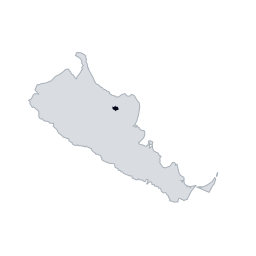 location of Bragado, Buenos Aires, Argentina, rotated 295°
{"feature_id": "61730980B17981427769766", "entity_name": "Bragado", "entity_type": "district", "adm_level": 2, "iso_a3": "ARG", "parent_name": "Argentina", "parent_adm1": "Buenos Aires", "projection": "natural_earth1", "projection_center": [-60.56, -35.028], "detail": "fine", "context": "in_parent", "style": "filled", "palette": "ink", "viewbox_px": 256, "rotation_deg": 295, "n_neighbors": 0, "source": "geoboundaries", "source_scale": "gbopen_adm2", "svg_char_len": 4216}
<svg xmlns="http://www.w3.org/2000/svg" viewBox="0 0 256 256"><g transform="rotate(295 128 128)"><path d="M155.8,78.4L154.4,80.9L154.7,82.5L153.5,86.5L153.8,87.3L152.8,89.2L153.1,91.2L152.6,93.1L152.8,95.6L152.4,96.3L151.5,96.5L150.9,100.0L151.6,103.3L151.0,103.9L152.2,106.3L155.9,108.4L157.7,110.5L157.8,111.4L156.8,112.7L156.7,113.9L157.2,115.4L158.1,116.3L159.9,116.9L160.1,119.0L159.8,120.4L156.4,125.3L155.7,127.4L152.5,129.6L144.3,132.0L138.0,133.0L134.4,132.8L131.9,131.8L132.1,134.5L133.3,135.4L132.7,135.4L133.2,135.9L133.0,138.1L132.2,138.6L131.7,140.4L131.7,142.0L132.4,143.4L131.7,144.7L129.0,146.1L125.7,146.4L119.7,144.2L119.9,143.9L119.6,143.8L118.6,144.2L118.2,146.0L118.9,148.9L118.8,151.3L119.1,152.2L121.3,153.1L121.2,154.1L121.9,154.2L123.5,154.0L123.7,153.2L122.8,152.9L124.9,152.2L125.8,153.3L125.9,155.8L125.5,156.5L123.8,156.9L123.4,156.8L122.4,155.0L121.6,154.7L119.3,155.6L119.0,156.2L122.5,157.5L120.0,158.8L118.0,161.2L118.0,165.5L117.6,166.7L116.2,167.8L116.0,168.6L116.5,169.1L116.3,169.9L113.6,169.7L111.8,171.0L110.1,171.4L107.1,176.3L107.6,178.6L111.1,182.1L115.6,183.0L116.1,184.1L116.0,185.5L115.5,186.3L113.9,187.0L115.3,187.0L115.9,187.7L108.2,193.8L107.3,195.6L106.9,199.2L106.3,200.0L104.7,200.7L103.6,199.9L102.7,198.6L102.8,199.7L101.3,200.1L103.1,200.1L104.0,201.0L101.6,202.4L101.0,203.5L100.7,205.2L99.8,206.2L100.6,206.0L101.3,209.3L99.5,209.5L101.8,210.1L104.6,213.8L104.4,214.1L104.3,213.7L97.3,212.0L88.0,211.8L88.0,211.3L85.8,209.2L86.2,207.8L85.8,206.6L86.2,205.5L85.9,204.1L85.0,203.7L82.1,204.5L80.2,200.8L80.3,198.8L79.7,197.6L80.1,196.0L81.7,195.9L82.0,194.2L83.9,192.8L83.9,191.2L85.0,190.3L85.3,189.4L84.1,187.3L84.8,185.0L86.8,183.2L86.5,181.0L87.6,179.9L86.6,176.9L87.8,175.7L87.2,175.0L87.1,173.4L88.2,173.0L88.9,171.3L87.7,169.8L85.5,169.3L85.3,168.5L89.2,168.4L89.6,167.2L89.4,166.5L86.4,166.1L86.4,164.4L87.0,163.3L86.4,162.3L86.5,161.3L85.7,159.8L86.4,159.1L84.5,157.6L84.4,155.1L84.8,154.4L84.4,153.1L86.1,151.8L85.2,149.4L85.2,144.7L84.9,143.5L85.9,141.6L85.3,140.3L86.1,139.3L85.7,137.0L86.6,136.8L87.1,132.6L89.3,131.4L89.7,130.6L88.0,125.4L88.1,123.4L87.7,122.5L88.1,121.4L87.7,119.7L88.3,117.7L89.8,116.9L89.9,116.2L91.5,114.9L91.3,111.5L90.6,109.8L91.3,109.2L91.8,106.6L92.9,103.9L93.9,103.5L93.6,100.4L93.9,97.6L92.6,97.1L92.8,95.1L92.3,94.7L92.0,92.6L91.1,90.7L91.0,89.9L91.5,89.4L90.5,88.6L89.8,87.0L89.9,85.4L90.0,84.3L91.1,83.6L90.9,82.8L91.7,79.6L92.8,79.4L93.3,78.3L92.7,77.7L92.8,75.8L92.3,73.0L93.2,71.6L94.0,67.3L96.4,64.3L98.0,59.5L99.3,59.4L100.7,58.4L99.3,55.2L100.2,53.3L99.1,49.1L99.4,47.6L100.2,46.7L99.3,45.1L99.5,43.8L100.8,42.3L105.4,40.1L107.2,33.7L106.2,32.6L108.6,28.8L110.4,28.2L111.2,26.2L113.5,28.1L117.6,28.1L119.6,28.9L121.1,32.6L123.2,27.6L128.8,27.4L129.9,29.3L132.1,31.3L133.6,34.0L138.3,38.4L144.2,40.5L147.8,43.4L152.1,45.8L154.2,46.4L155.8,48.1L156.2,49.4L155.2,50.4L154.5,52.4L153.4,53.4L152.9,54.7L152.9,56.2L150.7,59.4L150.8,60.5L153.0,60.2L158.5,61.5L161.1,61.4L161.9,62.0L163.4,60.5L165.7,61.1L167.2,58.6L168.7,58.1L170.3,56.4L171.1,54.2L171.5,49.7L172.4,50.0L173.9,49.4L175.2,50.3L176.3,54.1L176.0,57.8L175.3,59.3L173.7,60.1L172.8,61.2L170.2,62.0L168.8,63.9L165.6,66.0L165.7,67.1L164.7,67.1L159.2,74.7L155.8,78.4ZM104.0,228.7L103.6,215.8L105.5,218.3L104.6,218.2L104.4,219.4L105.9,219.7L106.7,221.2L110.0,224.0L114.9,226.9L119.7,227.7L118.5,229.1L113.8,229.8L110.9,229.0L104.0,228.7ZM121.7,228.6L123.1,228.1L125.9,228.0L122.2,229.0L121.7,228.6ZM134.1,133.9L134.0,134.4L133.1,133.6L134.1,133.9Z" fill="#d9dde1" stroke="#a8b0b8" stroke-width="1"/><path d="M140.9,110.8L141.0,110.7L141.3,110.3L141.7,109.9L141.9,109.7L141.8,109.4L141.7,109.3L141.9,109.1L141.7,108.9L141.5,108.7L141.4,108.5L141.3,108.4L141.2,108.3L141.1,108.2L141.2,107.9L141.3,107.8L141.2,107.8L141.3,107.8L141.3,107.7L141.2,107.5L141.3,107.5L141.3,107.4L141.2,107.4L140.9,107.3L140.9,107.2L140.7,107.2L140.5,106.9L140.4,106.8L140.4,106.7L140.2,106.5L140.2,106.4L140.1,106.5L140.1,106.4L140.1,106.2L139.9,106.1L139.8,106.3L139.5,106.5L139.6,106.8L139.4,107.0L139.7,107.2L139.9,107.4L139.3,108.1L139.5,108.3L139.7,108.5L139.1,109.2L139.3,109.3L139.8,109.7L140.4,110.3L140.9,110.8Z" fill="#0f172a" stroke="#020617" stroke-width="1.5"/></g></svg>